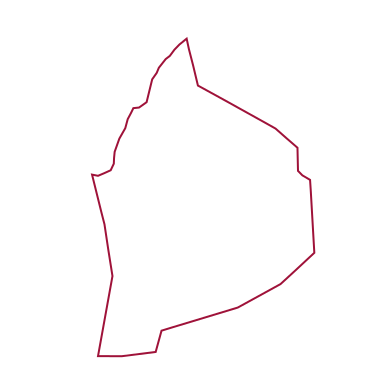 outline of Francisco Macedo, Piauí, Brazil, rotated 171°
{"feature_id": "56859067B83618193762554", "entity_name": "Francisco Macedo", "entity_type": "district", "adm_level": 2, "iso_a3": "BRA", "parent_name": "Brazil", "parent_adm1": "Piauí", "projection": "orthographic", "projection_center": [-40.779, -7.331], "detail": "fine", "context": "isolated", "style": "outline", "palette": "rose", "viewbox_px": 384, "rotation_deg": 171, "n_neighbors": 0, "source": "geoboundaries", "source_scale": "gbopen_adm2", "svg_char_len": 737}
<svg xmlns="http://www.w3.org/2000/svg" viewBox="0 0 384 384"><g transform="rotate(171 192 192)"><path d="M80.7,112.8L74.5,174.6L73.5,185.5L80.4,191.2L84.0,196.3L80.9,219.2L90.4,230.5L99.6,241.6L106.8,247.3L141.5,274.5L169.5,296.2L171.1,316.8L172.7,333.6L173.3,344.3L181.4,339.6L187.1,335.3L192.6,329.9L197.2,327.4L205.3,319.9L208.2,315.2L213.7,309.5L222.8,287.8L231.1,283.7L236.8,284.0L239.8,279.7L244.1,274.0L247.9,265.5L255.4,256.1L262.1,243.8L263.7,237.6L264.8,232.2L268.9,226.2L275.8,224.3L282.3,222.7L288.0,224.8L284.7,186.5L283.5,173.8L283.7,148.5L283.7,130.1L283.7,121.4L310.5,44.6L287.1,40.8L252.9,39.7L243.8,59.8L232.5,61.4L164.9,70.7L119.0,87.2L103.9,97.2L80.7,112.8Z" fill="none" stroke="#9f1239" stroke-width="2"/></g></svg>